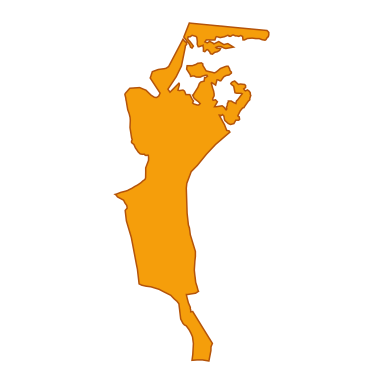 MIt Salsil, Ad Daqahliyah, Egypt (Robinson projection)
{"feature_id": "37247803B51096510617520", "entity_name": "MIt Salsil", "entity_type": "district", "adm_level": 2, "iso_a3": "EGY", "parent_name": "Egypt", "parent_adm1": "Ad Daqahliyah", "projection": "robinson", "projection_center": [31.823, 31.238], "detail": "fine", "context": "isolated", "style": "filled", "palette": "amber", "viewbox_px": 384, "rotation_deg": 0, "n_neighbors": 0, "source": "geoboundaries", "source_scale": "gbopen_adm2", "svg_char_len": 5068}
<svg xmlns="http://www.w3.org/2000/svg" viewBox="0 0 384 384"><path d="M115.2,194.4L116.1,195.0L117.5,196.9L122.5,199.6L123.6,200.2L125.0,203.0L126.8,205.5L127.1,207.5L127.2,208.1L125.2,210.4L125.3,211.6L126.4,220.9L131.3,237.4L133.5,248.9L136.6,265.3L137.4,269.1L139.1,283.9L141.8,285.2L146.1,286.2L150.9,286.8L159.0,289.3L164.0,291.9L170.8,295.3L174.1,298.8L177.0,301.3L178.9,303.8L180.7,319.0L183.0,323.4L184.4,324.9L185.6,325.5L186.3,325.9L189.2,329.9L191.0,333.3L192.5,336.8L193.4,343.6L192.8,354.4L192.0,360.3L197.4,359.9L202.3,359.9L205.9,360.5L208.9,361.0L210.9,350.7L211.0,346.8L212.4,343.4L203.6,329.2L192.7,311.5L190.7,311.8L190.7,310.8L190.7,309.8L190.3,308.8L190.3,307.3L188.4,302.9L187.5,299.5L186.5,295.5L186.4,294.5L187.0,294.6L189.9,294.1L195.6,293.2L198.5,291.3L198.0,290.3L197.1,286.8L195.7,282.4L195.2,278.0L194.8,275.0L194.3,270.1L194.9,260.8L195.4,256.4L195.4,251.5L190.3,234.8L189.4,227.9L188.4,225.0L187.1,213.2L186.3,188.2L186.8,183.3L191.2,171.6L197.4,165.3L206.5,154.1L215.6,144.4L229.9,132.1L229.1,130.9L226.7,130.4L224.4,124.5L222.9,122.0L219.2,115.1L220.1,115.1L221.1,115.6L222.5,114.6L223.9,116.1L224.4,119.1L224.9,120.5L228.2,123.5L230.5,124.5L233.9,123.6L235.8,120.2L238.7,120.2L239.6,119.3L239.2,116.8L238.2,116.3L237.8,115.8L240.2,110.9L242.6,108.0L244.0,107.6L244.5,106.6L248.3,101.2L249.8,99.8L249.8,98.3L250.8,95.4L250.3,94.4L250.3,92.9L249.4,91.4L247.5,89.9L245.5,90.9L244.6,90.4L243.7,88.9L245.6,87.5L245.6,85.5L244.6,84.5L240.4,84.0L238.4,84.4L234.7,81.0L232.3,81.9L230.8,83.4L231.3,84.4L233.2,85.8L233.7,86.3L234.6,90.8L235.0,92.7L236.5,93.2L241.2,93.3L242.2,93.8L237.9,99.6L236.4,101.1L235.9,103.5L233.6,102.5L231.2,101.0L228.3,101.0L228.3,102.0L227.4,103.4L227.3,105.4L226.9,106.3L226.4,107.3L226.8,108.8L226.4,109.8L225.9,109.8L224.5,107.8L223.5,106.8L222.1,105.8L216.4,106.7L214.5,106.7L217.4,101.8L215.5,99.8L213.1,100.3L212.6,99.3L213.1,97.8L214.1,95.9L214.1,93.9L213.6,91.0L212.7,88.5L211.3,83.1L211.8,82.6L215.6,85.1L216.5,81.7L217.0,79.8L218.0,79.8L219.9,80.8L220.8,80.8L223.7,76.9L226.1,75.5L229.0,75.0L231.4,73.1L231.4,72.1L230.0,70.6L229.5,68.6L228.1,66.2L226.7,66.2L225.2,66.6L220.4,68.5L217.6,70.9L215.6,72.4L214.2,72.9L212.3,72.3L209.9,71.8L206.1,70.8L202.8,65.4L202.8,63.9L201.4,62.9L197.6,63.3L196.2,64.3L192.3,65.7L187.1,65.7L186.6,69.1L190.4,75.0L190.4,76.0L190.8,76.5L192.3,76.0L194.2,76.0L196.1,77.0L198.0,77.1L200.4,77.1L202.3,76.1L205.6,75.2L207.0,75.2L207.5,76.2L205.6,77.7L204.6,77.6L204.1,81.1L200.8,82.0L200.3,82.5L199.4,83.5L197.9,87.4L193.6,94.2L193.6,94.7L192.6,95.1L194.0,98.1L195.0,99.1L196.9,100.6L198.3,101.6L200.2,103.6L198.7,105.0L197.3,105.0L194.0,104.0L192.6,103.0L193.1,101.5L193.5,101.0L193.1,100.5L192.1,99.1L189.8,94.6L188.8,94.6L185.9,94.6L184.5,91.1L183.1,90.1L182.6,90.1L179.3,90.6L177.9,90.1L179.3,85.2L179.3,83.7L178.9,83.2L170.0,92.2L167.9,89.2L176.2,76.7L181.4,66.1L183.3,56.8L185.3,47.0L185.3,46.0L186.8,44.1L186.3,42.6L184.4,41.1L183.0,39.2L168.5,66.8L167.7,67.1L166.3,68.2L163.8,68.8L163.4,68.8L161.1,69.1L158.8,69.4L157.6,69.7L156.3,70.2L154.4,70.9L152.8,71.5L152.3,71.7L152.1,72.5L151.9,72.9L151.4,74.4L151.0,75.8L150.2,78.0L160.1,93.1L159.6,94.2L158.8,95.9L157.9,96.7L156.5,97.5L156.1,97.5L154.5,97.3L154.1,97.1L151.9,95.7L151.1,95.2L148.1,92.3L146.0,90.2L143.5,89.2L139.7,87.6L139.3,87.6L136.5,87.8L134.7,87.9L133.6,88.0L130.6,88.2L129.9,88.2L128.6,89.6L126.8,91.7L125.3,93.4L125.0,94.1L124.9,94.6L125.7,97.7L126.0,99.9L126.1,100.5L126.3,101.1L126.8,104.3L127.7,109.6L129.2,113.8L130.1,117.5L130.2,118.8L130.3,120.5L130.0,127.5L130.1,128.3L131.6,137.8L131.8,138.5L132.2,139.5L131.5,141.3L131.6,142.6L133.9,144.5L135.4,147.9L136.6,149.6L138.3,152.1L139.8,153.5L140.2,153.9L142.5,154.3L144.4,154.2L144.8,154.7L145.1,155.2L146.0,155.5L147.4,155.2L148.3,155.3L148.6,157.9L148.5,160.5L146.8,165.0L145.7,167.9L145.7,168.8L145.7,172.2L145.6,177.8L145.0,179.4L144.5,179.8L142.9,180.9L140.7,182.9L137.4,185.1L135.1,186.3L134.7,186.5L131.9,188.3L128.8,189.8L127.8,190.4L125.7,191.1L120.7,192.4L116.4,194.1L115.2,194.4ZM190.8,23.2L189.3,23.0L183.8,37.1L187.7,42.1L188.7,43.1L190.1,45.6L190.5,47.1L192.0,48.1L193.4,46.1L190.1,41.7L188.2,39.7L187.7,38.7L188.2,36.8L190.1,36.8L192.1,35.3L195.9,36.4L196.8,37.4L197.3,41.3L197.2,44.2L198.2,46.7L199.1,46.7L202.0,45.7L203.0,45.3L202.9,46.2L203.4,47.7L203.4,51.2L204.8,51.7L206.7,49.7L207.7,49.7L208.6,50.7L209.6,51.7L210.5,53.7L212.4,54.2L214.8,52.3L217.2,51.8L219.6,50.4L220.6,48.4L216.8,48.4L215.8,47.4L218.2,46.4L221.1,46.5L223.9,48.0L225.8,48.5L233.5,47.1L227.8,43.6L223.9,44.6L221.1,43.0L218.7,41.5L215.8,43.0L213.9,43.9L213.5,43.4L209.7,41.4L207.3,42.9L204.9,41.9L206.3,39.9L208.2,39.9L211.6,40.0L214.9,40.0L215.9,37.1L216.8,36.6L220.2,37.6L224.5,36.7L227.8,35.3L229.2,35.8L229.2,36.3L230.7,36.3L232.1,35.3L233.1,34.9L235.4,35.9L236.9,35.9L238.8,36.4L240.7,35.5L242.6,36.5L243.0,39.9L244.5,39.9L246.4,39.0L247.3,38.5L252.1,38.1L255.9,38.6L259.3,38.6L262.1,39.7L265.0,40.2L265.9,39.7L267.4,37.3L268.3,36.8L268.8,34.8L268.8,32.4L267.0,30.5L236.4,27.6L191.7,23.3L190.8,23.2Z" fill="#f59e0b" stroke="#b45309" stroke-width="1.5"/></svg>